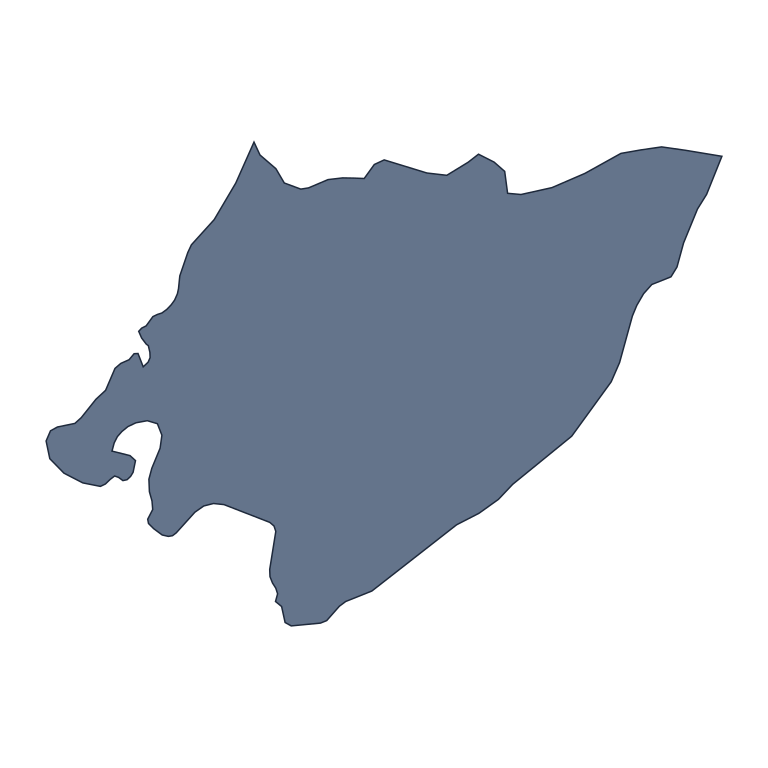 outline of Wellington
{"feature_id": "NZL-5469", "entity_name": "Wellington", "entity_type": "Regional Council", "adm_level": 1, "iso_a3": "NZL", "parent_name": "New Zealand", "parent_adm1": "", "projection": "orthographic", "projection_center": [175.21, -41.147], "detail": "fine", "context": "isolated", "style": "filled", "palette": "slate", "viewbox_px": 768, "rotation_deg": 0, "n_neighbors": 0, "source": "natural_earth", "source_scale": "10m", "svg_char_len": 1755}
<svg xmlns="http://www.w3.org/2000/svg" viewBox="0 0 768 768"><path d="M721.9,156.3L706.6,194.4L697.5,209.0L683.6,242.9L677.0,267.0L671.0,276.8L651.8,284.5L643.6,293.7L636.8,305.4L632.4,316.0L619.6,362.5L611.2,381.8L571.7,436.2L512.7,484.3L498.4,499.4L479.1,513.2L456.6,524.8L371.9,591.0L345.7,601.5L339.4,606.2L326.7,620.6L320.5,623.1L291.2,625.9L285.1,622.5L281.6,606.5L275.5,601.5L277.6,593.8L275.8,588.2L272.5,583.0L270.0,576.7L269.7,569.5L275.8,531.4L274.0,526.0L269.8,522.4L224.0,504.6L213.5,503.5L203.7,506.0L194.9,512.2L176.2,532.9L172.5,535.7L168.4,536.4L162.2,535.0L153.7,528.7L148.5,523.5L147.7,519.2L152.7,509.5L152.0,501.0L149.4,491.7L148.9,479.2L151.8,468.3L160.1,448.2L161.9,435.2L157.4,423.7L147.3,420.7L135.9,422.8L127.9,426.6L121.9,431.5L117.4,436.6L114.2,442.9L112.0,451.1L130.0,455.6L135.5,460.6L133.1,472.3L130.6,476.4L127.1,479.7L122.9,480.6L118.6,477.4L114.6,476.0L110.2,479.4L105.4,484.0L100.4,486.4L82.8,482.9L64.0,473.2L49.8,458.7L46.1,441.0L50.5,430.8L57.4,427.0L74.9,423.4L81.2,417.7L95.9,399.3L105.6,390.3L115.0,368.4L120.8,363.4L129.1,359.7L134.1,353.7L138.0,353.5L143.2,366.8L148.1,362.2L150.1,357.6L149.9,352.4L148.3,345.6L146.3,344.2L141.6,338.0L138.7,331.3L141.7,328.1L146.1,325.9L152.9,316.6L157.5,314.4L161.9,313.0L166.8,309.4L171.2,304.8L174.6,300.1L177.4,293.8L178.5,288.7L179.8,275.9L187.8,252.5L191.4,244.8L214.2,219.6L235.8,183.0L254.0,142.1L260.0,155.0L275.9,168.7L284.3,183.0L300.8,189.1L308.5,187.9L328.0,179.6L342.6,177.9L353.8,178.1L364.2,178.5L374.3,164.5L384.2,159.9L426.9,173.0L446.8,175.3L468.2,162.2L478.5,154.2L494.1,162.1L504.7,171.4L507.6,193.3L521.0,194.5L552.0,187.6L584.9,173.4L620.9,153.4L640.9,149.9L661.6,146.9L685.6,150.3L721.9,156.3Z" fill="#64748b" stroke="#1e293b" stroke-width="1.5"/></svg>